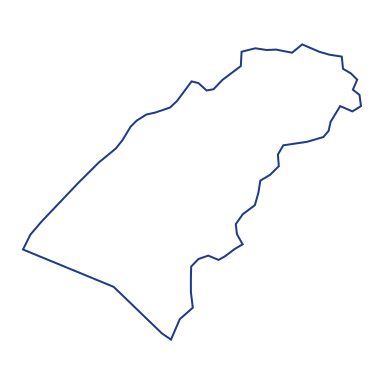 outline of São Francisco do Oeste, Rio Grande do Norte, Brazil
{"feature_id": "56859067B39459166800454", "entity_name": "São Francisco do Oeste", "entity_type": "district", "adm_level": 2, "iso_a3": "BRA", "parent_name": "Brazil", "parent_adm1": "Rio Grande do Norte", "projection": "robinson", "projection_center": [-38.17, -5.99], "detail": "fine", "context": "isolated", "style": "outline", "palette": "blue", "viewbox_px": 384, "rotation_deg": 0, "n_neighbors": 0, "source": "geoboundaries", "source_scale": "gbopen_adm2", "svg_char_len": 893}
<svg xmlns="http://www.w3.org/2000/svg" viewBox="0 0 384 384"><path d="M23.0,249.5L113.7,286.9L162.0,333.5L171.0,339.6L179.8,319.1L192.8,307.7L190.9,292.1L190.9,277.4L191.2,266.5L198.5,259.0L208.2,255.6L218.5,259.9L225.0,256.3L234.7,249.0L242.6,244.3L236.9,234.1L235.8,224.1L242.8,214.2L254.9,205.1L258.5,192.3L260.3,180.6L270.0,174.9L278.8,166.2L277.9,154.5L283.3,145.3L307.1,141.8L323.4,137.0L328.6,130.9L330.6,121.8L340.2,106.1L352.4,111.4L361.0,106.1L359.5,94.9L352.9,89.7L357.2,79.7L350.9,73.4L343.0,68.8L341.8,56.6L329.4,54.7L319.1,51.7L302.2,44.4L292.1,52.7L276.1,49.6L266.6,50.0L255.3,48.3L241.6,51.7L240.8,66.1L222.3,80.0L213.6,89.2L206.6,90.5L198.5,83.1L191.6,81.4L177.0,101.0L170.1,107.5L155.1,112.6L146.4,114.5L136.7,120.6L130.6,126.7L122.5,140.1L115.9,148.4L107.6,155.3L99.0,162.3L77.9,183.3L41.6,221.5L30.4,234.6L23.0,249.5Z" fill="none" stroke="#1e3a8a" stroke-width="2"/></svg>